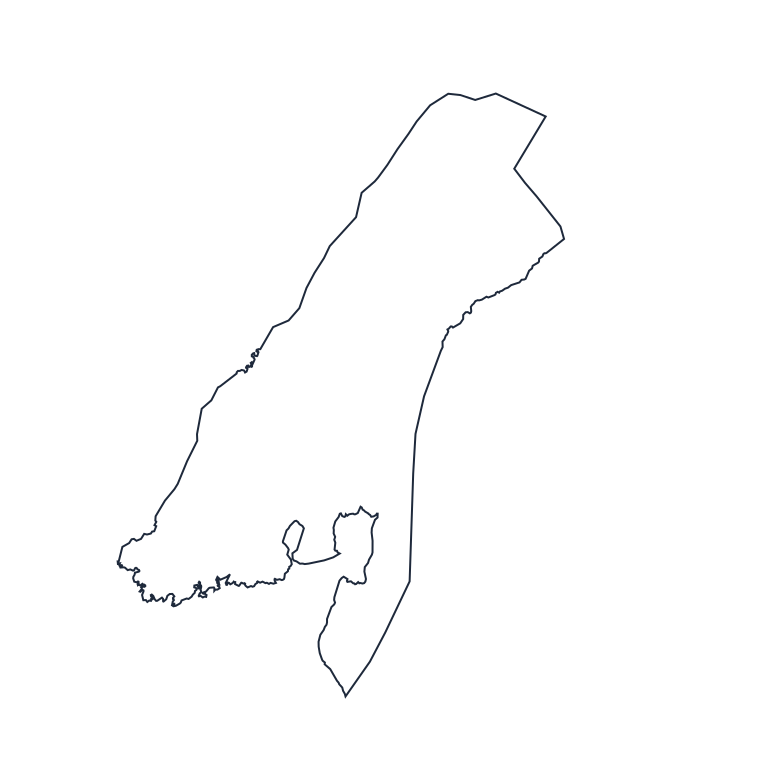 Tes, Uvs, Mongolia (Robinson projection), rotated 303°
{"feature_id": "93677404B95477416374821", "entity_name": "Tes", "entity_type": "district", "adm_level": 2, "iso_a3": "MNG", "parent_name": "Mongolia", "parent_adm1": "Uvs", "projection": "robinson", "projection_center": [93.296, 50.387], "detail": "fine", "context": "isolated", "style": "outline", "palette": "slate", "viewbox_px": 768, "rotation_deg": 303, "n_neighbors": 0, "source": "geoboundaries", "source_scale": "gbopen_adm2", "svg_char_len": 6064}
<svg xmlns="http://www.w3.org/2000/svg" viewBox="0 0 768 768"><g transform="rotate(303 384 384)"><path d="M101.0,521.9L143.4,523.4L176.2,520.4L232.4,513.0L324.9,457.2L359.3,437.6L395.5,424.3L442.8,413.6L446.9,413.1L451.5,409.9L454.4,410.3L458.5,409.4L459.5,409.9L462.6,409.4L463.3,409.1L464.3,407.5L465.7,408.2L468.6,408.6L469.2,409.5L468.9,411.1L476.4,414.9L481.6,415.0L485.1,412.8L488.6,413.4L489.9,415.1L490.0,417.5L491.2,418.0L492.6,417.5L496.0,414.8L498.5,414.9L500.1,415.5L503.3,415.5L505.4,417.0L505.9,418.2L508.0,420.1L513.0,422.4L513.4,424.4L518.8,428.3L519.8,428.7L521.4,428.2L523.2,429.1L523.3,430.8L524.7,430.8L526.6,432.3L529.9,433.6L532.3,435.5L536.2,436.8L543.0,442.3L546.3,442.6L548.0,444.7L549.3,445.5L558.1,444.0L561.5,445.2L564.2,444.3L569.8,447.2L571.1,447.3L573.6,445.9L577.2,447.4L579.7,446.9L581.0,447.3L581.8,448.5L582.7,449.0L603.7,456.0L612.2,446.2L624.5,409.7L629.5,392.7L635.5,376.0L696.4,373.9L688.5,319.6L671.9,305.8L667.9,290.6L662.4,279.8L642.9,270.9L622.0,268.4L607.1,268.3L588.3,267.4L569.5,267.5L553.8,266.6L548.8,265.9L532.2,261.1L508.7,269.7L470.1,263.4L457.0,265.1L439.4,265.2L422.3,266.7L401.5,271.7L385.3,269.4L371.3,260.0L345.8,261.3L344.9,259.8L343.4,258.6L342.0,259.1L342.0,260.4L342.8,260.6L342.3,261.4L338.7,262.4L338.2,262.3L337.2,260.0L339.2,258.3L338.5,257.6L336.5,257.2L335.2,258.1L335.6,259.3L334.9,260.3L335.0,261.0L334.0,262.2L330.3,262.8L329.5,262.1L330.2,261.2L329.1,260.8L328.6,261.7L328.7,262.7L327.2,262.2L327.0,263.0L327.5,263.4L326.8,263.8L326.2,263.5L326.1,262.4L324.8,261.6L324.7,260.9L325.5,260.1L324.7,259.2L322.8,259.2L322.4,259.7L322.8,260.7L322.4,261.3L319.6,262.0L318.0,261.2L319.1,259.4L318.8,258.4L318.2,256.9L316.5,256.0L315.4,254.4L313.6,254.1L312.5,254.7L292.8,247.8L290.7,246.6L276.3,248.1L264.0,244.6L240.1,254.5L234.7,258.3L212.0,260.9L187.9,265.4L181.7,265.5L166.9,263.8L148.7,264.5L144.9,266.6L144.4,268.1L140.6,268.4L140.7,270.4L135.4,271.5L133.9,269.9L131.6,269.9L130.5,268.9L128.7,267.2L127.7,264.5L121.8,264.6L117.7,261.8L117.9,258.6L116.3,256.9L111.8,256.9L104.9,253.3L90.6,258.2L90.1,257.3L88.1,258.9L88.4,259.3L89.4,258.8L89.0,259.7L89.6,260.2L88.0,260.5L87.7,260.9L88.4,261.7L86.6,261.6L89.8,263.5L86.8,262.5L86.5,262.9L88.6,265.7L88.9,266.9L88.3,270.4L90.3,272.2L90.8,275.2L91.4,275.8L94.1,275.6L94.8,276.1L94.9,277.0L94.3,278.1L94.6,279.8L94.0,280.7L93.1,280.6L90.1,277.9L88.2,278.7L85.8,278.8L84.4,279.5L82.2,282.2L83.0,284.6L84.4,285.2L84.5,285.8L83.4,286.5L81.9,286.4L81.4,287.0L82.8,287.2L81.9,288.0L82.4,289.3L84.8,290.2L84.5,291.1L85.1,291.8L85.1,293.4L84.5,293.9L83.5,293.6L83.0,292.7L83.1,290.8L81.3,291.0L81.3,291.9L80.2,292.4L76.9,292.1L77.1,292.9L79.8,293.4L79.9,294.7L79.0,295.3L75.3,296.0L71.6,299.9L73.1,302.0L72.3,304.2L74.6,305.1L75.2,306.6L76.9,305.8L77.3,307.1L77.8,307.1L78.8,305.6L79.1,304.2L80.0,303.4L80.9,303.9L80.6,305.9L78.6,308.9L78.0,311.0L78.7,311.9L83.9,314.1L83.5,315.7L81.4,317.2L81.5,317.6L84.9,318.6L88.4,317.7L91.2,318.7L92.7,320.9L91.7,323.8L89.7,323.5L88.8,324.1L89.0,324.7L88.3,325.5L86.6,325.3L83.0,326.7L83.2,327.3L85.1,327.2L85.5,327.8L85.0,328.2L83.5,327.8L82.9,328.1L82.9,328.5L84.6,330.2L88.6,332.3L90.0,332.6L92.2,332.1L96.6,335.3L97.3,337.2L100.9,338.5L103.2,338.4L105.7,339.0L107.5,338.2L109.0,338.8L110.0,338.7L110.6,337.3L110.1,335.6L111.7,334.7L113.8,336.7L111.7,339.7L111.7,340.2L112.2,340.4L115.7,338.0L116.6,336.7L117.5,336.7L117.4,337.8L115.6,339.0L115.3,340.4L114.4,341.2L111.4,342.3L110.6,343.5L109.6,343.9L107.9,343.5L105.4,344.0L105.2,344.5L106.4,345.3L106.3,348.3L108.0,349.3L108.6,350.8L110.4,350.1L110.4,348.3L111.1,347.8L109.9,347.0L109.7,346.0L110.3,345.7L113.1,347.8L117.3,348.3L118.3,348.9L120.7,352.1L120.3,353.0L118.2,354.3L119.7,354.5L120.9,356.3L123.3,357.4L124.2,356.3L124.1,354.6L124.4,354.3L125.9,355.3L126.5,354.1L126.1,353.0L126.4,352.3L127.3,352.0L127.1,353.1L127.4,353.7L129.4,352.0L129.4,351.2L128.0,350.5L128.3,349.9L131.5,349.4L130.8,353.4L136.4,357.1L140.5,358.5L130.9,359.6L129.7,361.2L130.0,361.7L132.5,361.4L132.8,362.3L132.3,364.2L134.7,365.5L136.4,365.6L136.3,366.4L136.8,367.1L135.1,368.1L135.5,372.0L135.9,372.4L139.5,372.5L139.8,372.8L140.0,374.7L141.0,375.5L140.9,376.3L140.0,376.6L139.4,377.8L139.1,380.4L142.1,382.5L142.4,384.2L143.7,385.2L146.2,385.1L148.1,386.0L149.0,385.3L149.6,385.5L149.9,388.3L152.1,389.8L152.4,393.0L153.5,394.0L153.7,396.4L155.4,397.2L156.3,400.0L158.3,401.7L159.5,399.4L160.7,398.5L161.2,398.6L161.4,400.8L163.5,402.9L163.8,404.9L164.5,405.7L165.8,406.3L167.2,406.0L170.9,404.2L174.6,405.4L176.4,404.5L177.6,405.1L179.1,404.1L180.3,404.8L182.6,404.8L186.0,401.6L188.2,395.8L193.2,394.3L194.1,393.0L195.6,388.8L196.0,385.6L197.0,384.9L208.2,382.0L210.8,382.6L213.8,382.4L220.2,383.7L221.5,384.9L221.4,387.0L220.4,389.5L220.5,392.9L219.3,395.4L197.5,401.4L192.1,399.4L187.7,402.6L186.9,404.6L187.6,407.3L187.5,411.3L189.1,413.6L189.8,415.6L192.4,418.7L203.5,429.9L210.9,435.8L217.7,439.2L217.5,436.8L218.5,435.4L217.7,434.0L218.2,432.7L224.4,429.6L226.3,427.1L229.2,426.3L231.2,423.2L234.3,421.4L235.9,419.9L242.2,418.0L247.7,418.4L251.1,417.6L252.0,418.3L250.5,420.9L250.9,423.1L251.9,423.7L254.0,422.9L253.6,425.0L255.7,425.7L257.0,427.0L258.4,428.7L258.5,430.0L259.1,430.9L261.5,432.3L268.3,431.2L268.3,432.6L267.0,434.5L267.1,436.1L266.7,437.6L266.9,441.4L266.6,441.8L266.6,443.7L265.7,445.6L267.3,447.4L269.9,448.7L271.4,448.6L271.8,449.3L268.5,451.3L265.2,450.4L256.4,452.4L252.7,454.5L246.3,459.8L236.5,466.1L234.3,466.8L228.5,467.1L225.2,468.1L220.0,467.6L216.0,469.7L210.6,475.1L208.1,476.0L206.2,475.8L205.0,474.7L204.1,472.3L203.4,471.8L203.8,470.2L201.2,469.6L200.3,468.8L200.6,467.8L200.1,466.8L200.5,463.7L198.1,461.1L198.6,460.2L200.5,459.6L200.4,455.1L198.2,454.2L194.8,453.8L178.2,458.5L175.7,459.8L174.0,462.0L172.1,462.3L168.3,461.4L155.9,464.2L153.0,466.1L150.8,466.9L148.1,466.7L144.7,467.4L139.0,467.2L132.2,469.5L128.1,472.3L123.3,476.7L119.1,482.2L118.5,483.3L118.2,486.1L116.6,486.9L115.6,494.2L109.5,506.2L108.8,508.6L107.8,510.0L106.7,514.3L104.4,516.8L102.8,519.9L101.0,521.9Z" fill="none" stroke="#1e293b" stroke-width="2"/></g></svg>